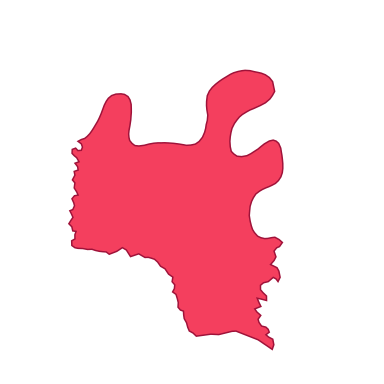 Alpestre, Rio Grande do Sul, Brazil, rotated 19°
{"feature_id": "56859067B81551762900841", "entity_name": "Alpestre", "entity_type": "district", "adm_level": 2, "iso_a3": "BRA", "parent_name": "Brazil", "parent_adm1": "Rio Grande do Sul", "projection": "orthographic", "projection_center": [-53.064, -27.203], "detail": "fine", "context": "isolated", "style": "filled", "palette": "rose", "viewbox_px": 384, "rotation_deg": 19, "n_neighbors": 0, "source": "geoboundaries", "source_scale": "gbopen_adm2", "svg_char_len": 3239}
<svg xmlns="http://www.w3.org/2000/svg" viewBox="0 0 384 384"><g transform="rotate(19 192 192)"><path d="M237.4,70.0L234.9,65.8L232.3,61.4L227.9,58.6L223.2,57.3L219.0,57.1L215.9,57.4L212.3,57.9L207.3,58.4L202.6,59.7L199.5,61.2L196.4,63.0L192.6,65.7L190.1,68.1L187.2,71.6L184.2,75.2L181.9,78.3L179.2,82.5L177.1,86.5L175.6,90.9L175.1,96.0L176.3,101.6L177.6,105.6L179.3,109.4L181.9,114.2L183.2,119.5L183.5,123.7L184.2,127.3L184.5,131.4L184.1,136.8L182.3,141.9L179.6,145.6L175.6,148.0L171.5,149.7L168.6,150.1L164.5,150.8L159.1,151.9L153.8,153.3L149.7,154.5L146.9,155.6L143.9,156.6L140.0,158.3L135.7,160.7L131.8,163.3L126.8,165.8L122.9,166.7L119.5,165.6L116.3,163.6L114.6,160.9L113.2,157.7L112.4,154.3L111.7,149.6L110.6,143.7L109.6,140.0L108.7,136.5L107.4,132.8L105.9,128.9L103.4,125.1L100.4,122.6L96.4,121.7L92.9,122.3L88.2,124.2L84.6,127.0L82.4,130.6L81.4,134.1L80.8,138.4L80.7,142.8L80.6,147.4L80.3,151.6L79.8,155.7L78.9,160.0L78.2,163.4L77.4,166.7L76.4,170.1L74.8,173.6L73.1,176.3L70.3,178.4L67.7,181.2L71.7,182.5L73.8,185.2L73.8,188.6L70.6,190.0L67.7,188.4L64.9,190.7L66.0,194.5L68.8,196.0L71.8,197.1L75.3,200.2L72.0,202.9L75.6,205.3L77.2,208.3L73.9,210.9L75.8,214.2L75.0,219.5L78.3,221.5L79.3,226.5L83.0,229.5L85.3,232.0L82.1,233.8L80.7,237.5L83.7,240.7L85.4,243.3L85.0,247.4L82.6,249.5L84.9,251.7L87.7,254.7L86.6,258.9L85.9,262.1L89.7,264.0L91.9,267.6L95.2,267.0L95.2,270.6L96.6,274.5L94.1,277.3L95.8,281.7L99.4,282.8L102.5,282.4L107.2,281.0L112.0,280.3L116.1,278.7L119.7,278.7L123.9,278.2L127.0,277.5L130.4,276.6L134.0,277.8L140.2,272.6L144.3,267.3L148.8,268.2L154.9,273.1L161.8,267.8L168.8,269.2L172.0,268.0L175.0,267.8L178.5,267.8L182.3,269.4L186.4,272.4L191.5,273.4L196.6,277.3L201.6,278.7L202.4,283.3L205.9,285.4L206.8,289.1L206.2,292.8L210.2,294.0L212.9,297.7L215.0,301.0L216.3,305.5L219.5,307.4L222.7,307.4L224.1,310.8L225.9,314.3L229.4,317.4L232.0,321.3L234.7,324.3L238.9,325.0L243.0,326.9L256.1,320.3L263.7,318.1L275.2,310.7L278.9,309.2L302.6,310.2L319.1,314.7L319.1,309.8L316.3,304.9L311.6,304.2L308.4,302.9L310.7,299.4L308.7,297.0L305.8,295.7L301.4,296.1L297.8,293.5L295.9,290.8L297.2,286.3L292.4,284.3L289.4,282.1L294.4,277.8L291.3,274.7L288.2,271.2L292.5,270.7L297.8,270.3L296.3,266.1L291.8,264.0L288.6,262.1L287.1,257.9L289.2,254.5L293.3,251.9L296.6,246.3L299.7,246.8L302.5,248.7L303.1,244.0L299.9,238.5L297.0,235.9L289.9,235.0L291.9,230.1L292.5,226.0L288.8,221.2L290.2,217.2L292.5,215.1L293.9,210.3L289.8,208.6L285.1,207.8L282.4,209.1L278.8,211.2L275.9,212.4L272.0,212.8L268.4,212.4L264.2,210.0L261.5,207.8L259.1,204.7L256.4,200.5L253.8,195.6L252.6,190.9L251.6,186.6L251.4,181.4L251.9,177.4L253.0,173.1L255.5,169.3L257.7,166.7L260.5,164.0L262.9,162.0L265.3,159.7L268.1,156.7L270.0,153.1L271.1,148.8L271.1,144.4L270.2,140.2L268.6,135.6L266.7,131.4L265.0,127.9L263.5,125.2L261.6,121.6L258.1,117.8L255.0,116.5L251.9,116.5L248.5,118.6L244.7,123.0L242.4,126.6L240.5,129.8L237.6,133.5L235.1,136.7L232.1,139.8L227.4,142.4L222.9,143.5L219.1,142.4L215.9,140.8L213.4,136.7L211.3,131.7L210.2,127.4L209.5,123.3L209.1,118.7L209.8,113.4L211.1,109.1L212.4,105.6L214.3,102.4L217.4,98.6L220.1,95.6L223.1,93.0L225.2,91.0L228.3,88.1L232.4,83.7L235.4,78.6L236.6,74.6L237.4,70.0Z" fill="#f43f5e" stroke="#9f1239" stroke-width="1.5"/></g></svg>